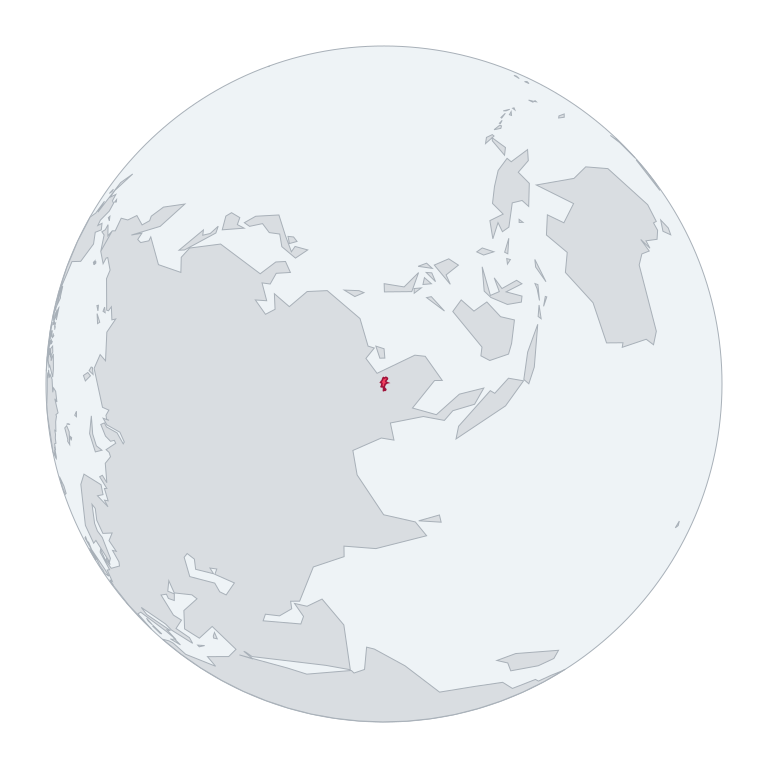 Bolikhamxai on an orthographic globe, rotated 273°
{"feature_id": "LAO-3292", "entity_name": "Bolikhamxai", "entity_type": "Province", "adm_level": 1, "iso_a3": "LAO", "parent_name": "Laos", "parent_adm1": "", "projection": "orthographic", "projection_center": [104.026, 18.483], "detail": "fine", "context": "on_globe", "style": "filled", "palette": "rose", "viewbox_px": 768, "rotation_deg": 273, "n_neighbors": 0, "source": "natural_earth", "source_scale": "10m", "svg_char_len": 12253}
<svg xmlns="http://www.w3.org/2000/svg" viewBox="0 0 768 768"><g transform="rotate(273 384 384)"><circle cx="384" cy="384" r="338" fill="#eef3f6" stroke="#a8b0b8"/><path d="M699.0,497.6L698.5,499.8L698.3,500.2L699.0,497.6ZM536.1,82.2L535.5,82.0L539.6,87.2L551.9,95.3L540.6,89.3L571.4,110.5L580.6,122.1L563.3,105.2L556.3,100.9L559.3,106.3L552.7,103.2L550.4,104.5L542.3,100.6L532.8,92.2L527.3,89.9L529.7,94.0L523.1,93.6L520.4,87.7L508.6,86.6L490.6,74.7L489.9,66.0L473.2,60.0L456.8,54.0L484.0,61.2L510.5,70.6L536.1,82.2ZM450.5,52.7L449.5,52.5L448.6,52.3L450.5,52.7ZM423.7,48.4L422.0,48.3L416.5,47.7L415.4,47.5L423.7,48.4ZM695.5,253.3L695.4,252.9L694.8,251.4L695.5,253.3ZM562.2,102.5L559.9,99.7L564.4,103.6L562.2,102.5ZM551.5,105.4L554.2,107.3L551.8,107.2L551.5,105.4ZM537.2,101.5L532.5,101.2L535.7,100.0L537.2,101.5ZM528.7,100.1L517.5,100.5L522.7,104.6L501.7,94.2L518.2,96.7L521.2,94.3L523.5,97.6L528.7,100.1ZM432.8,49.6L459.0,54.6L460.5,55.4L451.4,53.2L457.5,55.4L445.3,53.2L439.3,51.5L440.7,51.3L435.0,50.8L432.8,49.6ZM491.9,88.9L487.8,88.1L490.3,87.4L491.9,88.9ZM421.7,48.3L426.8,48.9L428.5,49.5L418.5,48.4L421.2,48.5L421.7,48.3ZM465.0,57.3L464.5,58.0L454.5,56.3L453.0,56.4L445.2,53.2L465.0,57.3ZM418.0,48.1L413.4,48.0L407.6,47.3L416.7,47.8L418.0,48.1ZM433.2,50.3L433.5,50.6L430.0,50.0L433.2,50.3ZM384.5,46.2L390.6,46.2L392.0,46.4L384.5,46.2ZM412.0,48.0L414.0,48.2L415.3,48.5L411.1,48.4L412.0,48.0ZM438.7,52.6L434.6,52.0L441.4,53.7L434.2,53.0L430.3,51.2L428.9,51.7L426.7,51.6L426.0,50.4L438.7,52.6ZM410.6,49.3L403.2,47.6L391.5,47.1L389.9,46.7L409.0,47.8L410.6,49.3ZM419.7,50.0L413.7,49.3L414.8,48.9L419.6,49.0L419.7,50.0ZM430.7,53.4L442.7,54.9L443.2,55.3L430.7,53.4ZM407.0,49.1L408.9,49.6L406.1,49.1L407.0,49.1ZM423.2,52.0L427.4,52.3L427.8,52.8L423.2,52.0ZM409.1,50.5L406.7,49.8L409.9,49.7L409.1,50.5ZM415.4,51.2L414.9,51.8L412.5,50.1L417.2,51.2L415.4,51.2ZM422.9,52.4L424.5,52.8L421.0,52.2L422.9,52.4ZM398.5,51.6L394.7,49.5L401.7,49.1L404.5,51.1L398.5,51.6ZM117.6,176.1L116.2,182.9L114.1,187.2L103.7,200.1L93.3,230.6L102.5,222.0L103.7,243.2L111.3,250.1L132.9,225.1L120.5,212.9L129.0,197.7L147.3,196.0L159.7,208.5L163.4,203.2L164.4,185.5L176.3,179.4L165.8,178.9L163.4,185.6L156.8,185.9L158.6,179.9L162.7,177.7L161.6,172.4L142.2,185.8L137.6,194.1L129.0,189.1L120.5,203.0L115.0,206.5L127.2,184.6L132.9,178.4L148.2,153.3L141.4,159.1L126.6,183.6L127.1,180.1L117.8,189.8L125.4,179.8L143.4,153.0L141.6,150.3L127.1,164.5L152.5,137.9L149.7,140.8L157.6,133.9L172.6,120.7L169.0,124.3L174.2,120.3L172.7,123.0L183.7,117.3L184.2,119.7L201.3,109.3L203.9,109.6L193.0,115.3L185.7,121.3L188.4,129.4L192.6,128.6L203.6,121.6L202.9,125.4L213.2,117.6L221.0,120.3L220.1,111.1L232.9,104.3L244.6,102.2L248.6,98.7L229.6,102.3L222.2,105.5L216.0,110.7L195.6,119.9L192.0,119.2L212.7,104.5L209.8,102.4L227.2,93.2L267.9,86.5L278.3,89.1L268.6,106.7L258.8,109.2L257.4,103.7L246.9,114.8L253.4,110.9L252.9,114.6L265.0,110.3L265.2,112.7L276.5,104.9L278.1,107.5L270.9,112.4L290.2,109.8L297.0,114.7L301.3,113.1L303.9,109.9L310.8,119.2L313.6,117.6L312.5,113.9L317.4,108.6L328.8,103.3L330.5,106.8L326.6,109.1L321.2,120.0L310.6,126.7L312.5,127.7L322.0,122.8L328.7,109.4L335.1,105.3L333.3,111.3L334.4,108.8L338.2,108.0L343.5,110.6L346.0,104.1L384.4,93.7L398.5,99.0L392.6,104.7L421.3,104.5L434.9,112.7L433.8,108.9L446.8,107.7L442.7,105.0L443.2,103.2L474.7,101.4L483.4,104.5L495.8,101.5L495.2,99.9L489.4,97.2L501.7,94.2L522.7,104.6L522.9,107.6L535.8,112.9L534.4,119.6L539.3,128.4L530.2,134.1L534.8,141.4L539.4,142.8L549.1,154.5L553.3,175.7L529.7,152.2L519.5,123.9L521.9,134.3L515.4,130.5L512.5,133.6L514.7,141.7L518.7,143.4L491.4,152.5L484.8,175.3L499.9,174.9L509.6,182.8L515.2,213.5L487.6,254.6L500.2,269.6L501.2,279.2L490.5,284.7L488.9,270.6L477.9,265.1L478.6,256.9L461.0,262.5L461.2,251.1L447.4,262.0L452.9,271.3L468.4,269.8L456.3,285.4L472.3,302.4L474.3,322.4L448.1,356.6L421.0,366.1L419.4,372.4L408.6,364.6L394.3,376.5L414.4,413.3L413.8,423.7L390.6,442.0L390.1,434.3L361.5,413.7L356.1,437.9L377.8,459.8L385.2,483.9L368.5,475.5L360.9,454.1L350.8,446.2L353.6,425.0L345.4,392.4L328.5,396.9L329.9,384.1L316.0,356.4L291.8,361.9L253.4,390.5L247.9,422.5L234.7,434.5L219.2,384.5L220.0,352.5L209.5,353.2L197.6,323.0L162.7,311.1L162.2,302.1L154.7,303.6L147.0,291.8L147.9,277.6L141.2,275.7L140.0,313.5L147.7,315.8L160.2,306.1L158.0,318.8L166.0,333.4L141.3,356.5L96.9,365.3L100.0,340.6L104.9,266.5L108.9,260.2L109.2,259.4L109.8,257.9L102.5,267.6L105.9,253.8L95.3,302.5L90.2,322.1L96.2,366.4L93.8,369.2L97.9,379.5L120.3,380.4L118.8,388.2L103.7,419.7L79.2,455.6L86.8,490.7L92.3,518.1L86.7,528.2L96.9,550.7L95.4,553.8L101.7,565.8L106.0,575.1L108.6,579.9L95.4,559.8L83.6,538.8L73.4,517.1L64.7,494.6L57.6,471.7L52.2,448.2L48.5,424.5L46.5,400.5L46.2,376.5L47.6,352.5L50.6,328.6L55.4,305.1L61.9,281.9L69.9,259.3L79.6,237.3L90.8,216.0L103.5,195.6L117.6,176.1ZM165.1,237.4L177.5,245.0L185.1,225.1L190.5,226.7L191.1,219.8L185.6,223.7L189.1,205.6L199.2,203.8L204.4,196.3L200.5,193.5L181.5,200.1L176.3,225.4L167.9,230.8L165.1,237.4ZM204.4,98.5L199.5,102.0L193.6,105.5L193.2,105.1L201.6,99.7L204.4,98.5ZM194.0,106.4L214.7,93.4L215.8,94.0L211.7,95.7L210.3,97.4L203.3,100.7L184.1,115.1L177.7,119.3L180.3,114.7L183.0,113.4L187.6,109.7L194.0,106.4ZM265.6,67.9L274.6,64.7L265.4,69.7L258.1,72.3L257.1,71.4L265.2,67.9L265.6,67.9ZM409.1,47.0L409.3,47.1L404.6,47.0L400.1,46.8L401.3,46.6L394.4,46.5L392.7,46.2L387.2,46.2L379.0,46.1L409.1,47.0ZM334.8,49.7L336.2,49.5L342.2,48.7L343.1,48.6L337.2,49.4L347.4,48.1L347.3,48.3L358.7,48.1L373.4,47.4L377.9,47.7L372.2,48.1L380.7,48.3L372.9,49.6L376.0,50.1L371.3,52.3L358.4,53.6L362.8,54.2L359.5,56.5L348.9,58.3L352.1,56.0L338.1,60.0L336.2,58.0L334.7,58.6L329.2,58.1L319.8,58.8L320.5,57.7L316.6,58.6L312.8,58.6L307.6,59.5L307.1,58.2L300.7,59.5L304.1,58.2L293.2,60.8L301.0,58.5L296.9,58.9L291.5,61.0L298.9,57.0L334.8,49.7ZM396.8,52.2L381.8,53.1L373.4,52.8L385.0,49.2L383.3,48.6L390.5,47.3L402.5,48.0L399.3,48.2L399.1,48.7L395.4,48.2L398.1,49.0L393.9,49.5L394.9,50.3L389.7,50.3L396.8,52.2ZM118.3,184.0L117.8,186.1L118.6,187.9L112.8,194.4L118.3,184.0ZM130.1,165.7L130.7,166.1L122.8,175.2L123.3,173.5L130.1,165.7ZM137.7,159.1L131.3,165.4L135.0,160.9L137.7,159.1ZM194.2,115.7L195.7,116.2L193.2,118.1L189.3,120.0L194.2,115.7ZM307.0,73.3L310.2,71.1L312.2,71.1L323.4,67.5L325.7,69.3L319.8,72.1L307.0,73.3ZM127.0,227.7L120.8,230.8L121.4,227.1L123.4,226.7L127.0,227.7ZM113.5,211.6L113.4,218.6L111.9,213.3L113.5,211.6ZM311.3,74.6L315.7,72.8L314.1,74.9L311.3,74.6ZM327.9,70.5L327.2,72.6L327.3,69.1L327.9,70.5ZM255.6,682.4L262.6,686.1L258.0,685.2L255.6,682.4ZM121.7,529.6L127.2,572.2L118.8,568.0L110.7,552.8L104.2,525.6L111.9,522.2L113.8,511.2L121.7,529.6ZM469.9,539.3L479.9,540.5L479.5,542.0L469.9,539.3ZM459.5,534.4L471.0,534.7L457.4,537.5L459.5,534.4ZM475.5,534.9L487.2,531.9L492.2,529.5L491.3,532.5L475.5,534.9ZM451.7,534.4L408.8,533.2L391.8,528.6L395.9,523.4L423.4,525.8L451.7,534.4ZM394.5,523.2L368.5,506.5L332.9,458.8L345.7,460.7L382.9,490.5L380.5,495.1L396.3,508.0L394.5,523.2ZM457.3,496.9L454.8,510.9L431.2,509.3L420.4,506.8L413.0,488.4L417.2,479.3L426.0,479.9L460.0,448.9L472.0,456.7L461.5,470.0L471.3,482.4L457.3,496.9ZM249.2,425.8L256.1,446.2L249.0,448.3L249.2,425.8ZM473.7,426.7L460.0,440.6L472.5,422.0L473.7,426.7ZM480.9,409.1L481.9,416.2L476.2,409.4L480.9,409.1ZM419.2,382.2L409.9,383.5L409.6,378.5L421.4,373.9L419.2,382.2ZM475.7,339.4L475.9,354.2L474.2,359.2L469.8,350.3L475.7,339.4ZM336.9,93.4L318.8,95.7L307.2,100.0L303.1,105.8L301.1,99.3L319.0,92.6L336.9,93.4ZM378.3,93.0L381.9,88.8L385.6,90.7L385.3,91.9L378.3,93.0ZM376.8,90.4L371.4,85.6L376.8,83.4L380.0,87.6L376.8,90.4ZM340.7,78.3L335.2,78.6L336.6,76.8L340.7,78.3ZM620.7,624.3L621.2,624.5L611.6,633.7L599.8,643.8L591.7,649.4L620.7,624.3ZM548.0,662.5L551.1,654.6L562.3,651.7L554.7,659.7L548.0,662.5ZM628.7,616.4L637.4,606.7L644.1,597.0L638.9,605.1L641.7,602.6L622.9,622.9L628.7,616.4ZM516.2,632.6L450.9,653.2L437.3,651.1L442.4,643.5L433.1,620.0L437.7,620.5L436.7,604.1L476.1,588.5L504.9,559.3L525.0,560.1L541.3,538.4L561.5,538.3L554.4,555.2L574.1,563.9L590.7,525.7L599.3,563.0L611.4,574.1L610.8,596.3L576.9,637.9L560.6,647.4L559.0,644.7L551.8,649.2L542.8,649.1L540.7,638.1L533.5,642.5L541.8,632.8L530.7,641.9L527.4,634.7L516.2,632.6ZM658.8,544.5L660.9,544.7L663.1,549.8L659.8,550.0L658.8,544.5ZM693.4,508.5L693.5,511.0L691.6,513.1L693.4,508.5ZM698.3,500.2L696.1,503.1L699.0,497.6L698.3,500.2ZM674.1,518.2L674.8,520.2L673.8,521.4L674.1,518.2ZM673.3,517.8L675.1,513.5L674.4,517.4L673.3,517.8ZM664.5,500.4L666.1,498.0L666.6,499.4L664.5,500.4ZM494.6,540.4L508.8,529.3L516.3,528.1L494.6,540.4ZM662.7,496.7L658.9,497.3L659.5,495.1L662.7,496.7ZM663.2,491.7L663.0,488.8L664.9,495.2L663.2,491.7ZM656.3,486.8L660.7,491.0L655.7,487.6L656.3,486.8ZM653.5,488.2L650.1,486.6L650.4,485.6L653.5,488.2ZM612.6,499.4L625.6,515.1L614.6,516.4L602.5,507.0L592.0,518.6L568.9,519.2L574.5,512.3L571.6,502.6L547.2,500.5L542.3,494.3L551.1,489.4L534.7,485.1L552.7,481.2L559.9,494.1L570.0,482.9L587.0,484.0L603.2,486.8L615.8,495.1L612.6,499.4ZM552.4,510.5L555.5,510.3L552.7,514.4L552.4,510.5ZM643.7,480.6L648.5,486.0L647.9,487.8L645.4,487.3L643.7,480.6ZM618.8,492.4L632.5,479.5L635.6,479.1L626.5,492.9L618.8,492.4ZM629.4,472.8L635.6,473.4L638.7,479.1L637.4,480.9L629.4,472.8ZM515.7,500.0L514.9,503.7L510.2,501.0L515.7,500.0ZM521.9,497.6L536.1,501.0L520.5,500.8L521.9,497.6ZM478.0,485.6L482.3,494.3L495.8,488.5L485.5,496.8L494.5,511.0L491.3,516.5L482.4,501.1L479.0,517.2L473.0,516.9L469.9,503.1L476.0,486.2L482.0,479.2L506.2,475.9L478.0,485.6ZM521.8,486.8L518.0,476.7L520.8,469.7L525.0,475.0L521.8,486.8ZM506.6,452.1L496.2,440.3L487.0,445.0L505.4,428.0L512.4,442.1L506.6,452.1ZM497.5,425.9L488.9,430.1L497.6,420.3L497.5,425.9ZM486.6,426.1L485.4,417.7L492.3,418.8L486.6,426.1ZM502.0,426.2L503.3,411.9L506.9,420.2L502.0,426.2ZM482.0,399.0L497.1,412.7L477.7,406.9L476.0,379.6L484.2,378.9L482.0,399.0ZM521.8,289.7L519.3,282.2L526.4,280.4L526.1,286.0L521.8,289.7ZM547.3,270.2L527.5,277.6L511.2,284.6L516.7,288.0L513.9,300.8L505.1,289.0L515.8,274.8L528.3,272.0L529.2,261.5L537.8,254.3L534.4,241.5L537.8,236.1L544.8,247.1L547.3,270.2ZM532.3,236.2L529.5,214.4L543.4,217.3L547.1,222.8L542.6,231.3L535.5,229.2L532.3,236.2ZM532.9,210.2L526.0,208.2L507.4,177.7L506.9,172.3L528.4,195.6L523.1,195.2L525.2,202.6L532.9,210.2ZM489.6,89.9L487.9,88.3L491.6,89.8L489.6,89.9ZM440.6,101.8L441.9,99.6L446.2,101.0L440.6,101.8ZM447.7,94.7L442.0,94.5L447.3,93.2L447.7,94.7ZM429.3,94.8L439.3,93.8L430.8,96.9L429.3,94.8Z" fill="#d9dde1" stroke="#a8b0b8" stroke-width="1"/><path d="M380.9,384.4L380.5,384.2L380.4,384.2L380.0,384.3L379.8,384.4L379.7,384.5L379.6,384.8L379.9,385.0L379.6,385.2L379.5,385.3L379.3,385.3L379.2,385.3L379.1,385.5L379.0,385.9L378.9,386.0L378.7,386.0L378.8,386.0L378.7,386.0L378.6,385.8L378.5,386.0L378.4,386.1L378.2,386.0L378.3,385.9L378.3,385.7L378.2,385.4L378.0,385.2L377.7,385.1L377.8,384.8L377.7,384.5L377.6,384.4L377.3,383.8L377.6,383.7L378.7,383.8L379.2,383.7L379.9,383.7L380.3,383.6L380.7,383.4L380.9,383.2L381.0,383.1L381.1,382.9L381.1,382.6L381.0,382.3L381.0,382.1L381.0,381.9L381.0,381.7L381.0,381.4L381.3,381.3L381.5,381.2L381.7,381.5L381.9,381.5L382.0,381.6L382.3,381.8L382.6,382.0L382.8,381.9L383.0,381.7L383.4,381.7L383.9,382.0L384.0,382.0L384.4,382.0L384.5,382.0L384.7,381.8L384.8,381.7L385.0,381.4L385.2,381.2L385.3,381.0L385.3,380.8L385.2,380.6L385.3,380.4L385.5,380.5L385.8,380.7L386.1,381.0L386.3,381.1L386.5,381.1L386.9,381.5L387.0,381.6L387.4,381.9L387.5,381.9L387.6,382.0L387.8,382.1L388.1,382.2L388.3,382.3L388.7,382.2L388.9,382.3L389.0,382.5L389.3,382.5L389.7,382.7L389.8,382.7L390.0,382.7L390.2,383.0L390.4,383.1L390.3,383.3L390.2,383.3L390.0,383.6L389.9,383.9L389.9,384.2L390.0,384.3L390.3,384.6L390.3,384.8L390.4,385.0L390.7,385.2L390.7,385.3L390.8,385.4L390.8,385.8L390.5,386.2L390.3,386.5L390.2,386.9L390.0,387.1L389.7,387.2L389.1,387.1L388.9,387.0L388.7,386.8L388.5,386.6L388.3,386.4L387.7,386.1L387.3,385.7L387.1,385.7L386.9,385.5L386.7,385.6L386.3,385.8L386.1,386.1L386.0,386.4L385.9,386.6L385.5,387.4L385.4,387.7L385.3,387.3L385.0,386.8L385.0,386.7L384.6,386.4L384.5,386.2L384.2,385.6L384.0,385.1L383.9,385.0L383.7,384.9L383.3,385.0L383.2,385.1L382.9,385.0L382.8,384.9L382.7,384.9L382.2,384.8L381.8,384.6L381.7,384.5L381.3,384.4L381.2,384.4L380.9,384.4L380.9,384.4Z" fill="#f43f5e" stroke="#9f1239" stroke-width="1.5"/></g></svg>